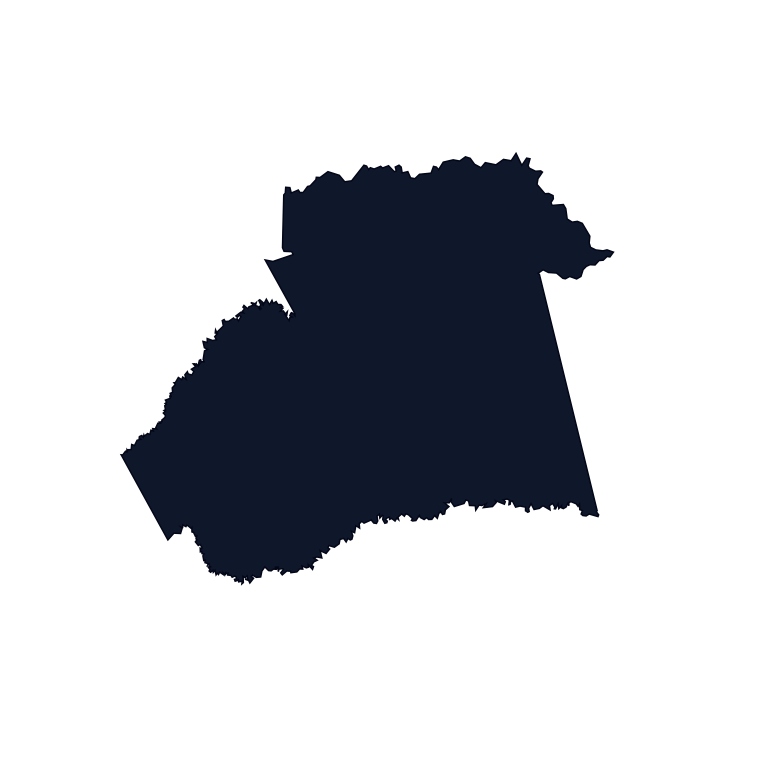 Aguarico, Orellana, Ecuador (Mercator projection), rotated 331°
{"feature_id": "8360857B665042104792", "entity_name": "Aguarico", "entity_type": "district", "adm_level": 2, "iso_a3": "ECU", "parent_name": "Ecuador", "parent_adm1": "Orellana", "projection": "mercator", "projection_center": [-76.096, -0.984], "detail": "fine", "context": "isolated", "style": "filled", "palette": "ink", "viewbox_px": 768, "rotation_deg": 331, "n_neighbors": 0, "source": "geoboundaries", "source_scale": "gbopen_adm2", "svg_char_len": 6171}
<svg xmlns="http://www.w3.org/2000/svg" viewBox="0 0 768 768"><g transform="rotate(331 384 384)"><path d="M615.9,262.9L620.9,257.8L618.3,255.6L610.5,259.6L611.3,246.3L603.5,250.4L597.4,245.5L588.2,246.6L579.9,239.5L573.7,241.9L569.7,235.7L568.8,228.4L565.4,224.8L558.3,225.7L553.2,221.5L543.4,218.7L535.6,223.0L535.0,219.7L532.8,217.7L527.4,222.4L516.7,217.8L510.6,219.4L507.2,216.6L507.8,209.8L502.2,208.2L504.2,202.6L503.2,199.9L499.0,199.7L498.1,203.5L495.9,203.3L493.8,195.3L487.5,194.4L486.6,192.0L479.6,191.2L476.9,188.2L474.5,188.9L474.4,184.9L472.5,182.9L454.2,190.6L447.7,188.1L446.1,179.8L437.9,171.1L428.2,172.4L425.0,170.4L423.5,172.3L415.5,174.9L412.9,174.2L406.2,177.3L403.3,175.8L403.1,172.8L395.5,172.0L396.9,166.6L393.4,164.3L390.2,169.2L388.0,170.0L361.3,215.6L360.9,219.5L367.4,223.5L367.4,226.8L346.3,223.0L340.2,217.9L340.2,279.0L339.2,281.1L338.5,277.8L337.2,276.3L337.8,278.3L336.7,277.1L334.7,278.6L336.2,280.9L333.9,280.3L331.7,282.6L331.1,275.7L332.3,276.7L334.5,273.9L331.7,274.9L331.4,271.3L328.6,270.1L332.4,268.7L330.8,267.2L332.9,267.0L332.4,264.6L329.7,263.0L329.6,259.6L326.1,259.8L326.6,256.5L322.3,259.1L322.2,252.8L316.5,256.6L316.5,254.6L317.9,254.7L316.2,250.1L315.0,250.2L314.6,255.3L312.6,256.0L313.2,258.6L311.6,258.9L311.4,255.0L309.6,253.1L311.7,250.9L310.2,251.3L307.0,248.2L308.2,251.7L303.2,251.0L301.3,252.2L299.6,247.4L297.9,248.4L298.5,250.7L295.3,251.8L295.7,253.8L293.5,251.8L287.5,252.7L288.0,254.5L290.8,253.9L291.6,255.7L287.3,258.3L287.2,255.8L284.7,255.1L284.4,253.3L278.7,253.9L275.5,252.4L275.4,250.1L273.3,250.1L271.6,255.4L262.7,257.8L262.9,255.1L261.1,257.6L262.9,259.0L258.9,260.5L258.9,264.1L255.2,262.9L251.4,258.5L249.6,262.0L246.3,259.0L244.5,265.2L246.6,268.2L243.1,268.0L237.7,274.9L237.4,277.3L234.9,275.9L235.4,273.9L234.0,273.8L231.4,276.6L233.0,276.9L230.1,278.4L229.6,275.5L228.0,276.2L228.4,274.6L226.9,273.9L227.7,277.5L222.7,277.7L223.8,280.9L220.3,283.0L217.6,280.2L218.0,277.9L214.3,279.4L213.2,284.1L211.3,280.3L209.2,282.2L207.3,278.6L202.2,281.6L200.9,281.1L201.3,283.2L196.9,284.7L195.1,288.8L192.4,288.5L191.8,291.7L190.8,290.8L190.1,292.9L185.0,292.1L185.0,294.6L183.1,294.9L183.9,296.2L181.7,296.7L180.4,300.5L178.8,300.5L179.7,301.8L176.9,302.4L177.6,305.3L176.4,307.0L172.3,307.8L171.4,309.3L169.0,308.4L169.3,309.9L167.2,308.7L163.2,311.6L163.4,313.2L160.1,310.9L159.5,313.3L157.8,311.4L154.8,314.6L153.2,312.7L149.0,313.4L149.2,312.3L147.7,313.9L147.2,311.6L144.6,311.4L143.5,312.8L144.4,314.4L140.8,313.5L136.0,316.8L134.0,314.6L131.1,318.8L128.1,317.3L127.3,318.1L127.3,316.9L126.0,318.6L125.3,317.5L121.1,319.4L119.8,318.5L119.4,415.6L127.9,412.6L133.6,416.1L137.5,412.3L137.0,410.3L138.4,411.7L139.7,409.7L141.6,412.7L142.9,411.8L143.9,413.1L145.3,416.7L146.4,416.4L144.3,420.3L145.5,421.5L145.2,425.9L146.5,426.1L144.5,428.3L145.1,429.5L142.5,430.6L143.3,435.2L145.4,435.3L145.6,438.8L144.7,439.7L143.7,438.4L142.0,441.8L143.4,442.1L142.6,444.1L144.2,445.3L142.3,446.5L140.8,451.0L142.1,451.3L140.8,453.5L143.2,455.9L142.1,456.8L143.8,456.6L142.9,458.5L144.2,460.5L141.5,458.8L141.9,462.1L140.4,462.8L141.1,464.6L144.1,464.0L143.4,465.9L145.9,465.0L144.6,469.5L146.4,468.6L146.9,470.4L149.0,468.8L151.4,473.4L151.9,471.2L152.9,473.6L154.5,471.7L154.1,473.5L155.8,473.9L154.7,475.3L157.4,477.2L157.5,479.4L160.4,479.6L161.2,481.4L160.5,482.8L158.5,482.4L158.2,484.3L161.1,484.9L162.1,483.7L161.0,486.6L164.4,487.7L162.8,489.9L164.7,489.5L167.5,483.9L168.6,486.1L171.2,485.4L170.4,488.4L167.8,487.4L170.4,490.2L170.2,493.0L175.7,490.7L174.7,488.0L176.3,487.4L178.6,491.2L182.6,493.0L186.5,488.4L191.1,486.2L192.6,491.2L194.7,492.7L197.6,492.3L200.0,493.9L201.7,493.3L199.7,492.3L200.4,491.4L202.7,492.5L200.6,496.9L202.4,495.0L205.9,496.4L206.0,497.5L202.1,499.1L202.5,501.6L208.3,500.4L211.5,502.4L211.1,503.9L216.7,506.1L220.5,504.8L223.2,506.5L224.1,503.3L226.9,507.1L229.2,507.6L230.2,505.3L231.6,511.5L233.8,509.5L232.6,507.4L236.5,505.5L240.1,505.8L238.3,502.2L241.4,502.7L245.3,506.0L247.4,498.8L251.2,504.1L256.4,502.0L255.5,500.1L257.4,498.5L261.5,502.7L267.3,502.0L270.1,498.6L273.8,499.5L274.3,503.8L277.5,501.6L279.0,504.1L280.7,504.2L283.1,501.7L284.0,496.9L286.2,499.8L290.7,494.2L292.8,498.2L294.5,494.3L298.0,493.3L299.1,496.0L306.9,496.7L307.6,500.6L309.8,502.3L312.2,500.7L313.8,496.2L316.9,495.5L315.4,499.2L318.8,498.0L319.3,499.0L317.2,501.9L317.2,506.2L319.2,506.7L320.4,505.5L319.4,503.4L322.0,502.6L324.2,503.1L323.3,505.1L325.6,505.4L327.2,509.2L330.2,507.5L331.0,509.8L331.7,507.2L336.4,506.2L337.7,509.5L340.1,508.1L342.0,510.2L343.7,515.6L341.9,516.6L342.7,517.7L345.7,518.9L351.2,516.0L351.0,518.3L353.4,522.0L356.6,521.6L357.3,524.1L360.2,525.6L364.5,523.6L365.5,527.3L369.5,523.5L371.3,523.8L371.9,521.9L371.9,526.4L374.0,527.0L376.7,523.8L381.4,522.7L379.2,517.2L383.5,519.5L387.7,516.8L385.6,519.4L386.1,525.2L396.1,527.3L399.3,525.1L401.3,527.3L399.9,531.7L404.8,534.7L403.1,538.8L408.5,536.0L410.6,537.7L415.4,538.2L411.0,540.3L419.5,543.8L424.7,542.0L424.9,540.0L431.0,547.5L433.0,545.8L432.2,543.1L435.9,544.3L437.4,546.4L434.7,550.1L435.9,550.4L438.0,548.0L439.6,548.6L439.4,555.5L443.8,556.7L448.1,560.3L446.3,563.5L447.6,565.9L449.2,565.9L450.2,562.8L454.6,560.0L454.4,566.5L459.6,568.1L464.0,567.5L468.2,574.6L469.7,570.6L473.5,570.2L473.8,574.5L472.5,575.7L473.5,576.4L478.2,573.1L476.5,577.7L480.3,576.5L479.1,578.2L480.4,579.9L483.5,579.9L486.7,577.7L486.7,580.1L488.3,577.2L490.6,577.7L494.0,581.9L494.4,585.1L496.8,583.7L494.3,588.8L496.2,590.9L493.4,593.3L494.1,595.4L496.8,597.4L500.4,597.2L506.9,603.7L508.3,602.5L507.8,598.7L509.0,598.1L573.0,363.7L572.5,361.9L578.5,361.2L581.9,366.2L588.7,370.6L591.7,378.3L593.6,379.9L598.6,380.0L603.4,385.5L608.4,385.4L613.6,380.5L618.0,379.2L622.0,379.5L626.3,382.2L631.9,380.3L635.7,382.0L640.9,380.6L643.2,382.4L648.6,379.9L644.1,374.8L640.1,373.7L634.2,369.4L630.9,364.6L631.8,360.2L635.7,354.5L635.3,339.6L632.0,335.5L627.1,333.7L624.2,328.5L628.0,318.8L627.9,314.0L617.6,309.3L618.0,306.3L621.9,304.1L623.2,301.2L620.4,297.2L617.0,295.6L614.6,283.6L618.2,279.1L625.3,275.5L624.4,273.6L619.7,271.4L615.7,265.6L615.9,262.9Z" fill="#0f172a" stroke="#020617" stroke-width="1.5"/></g></svg>